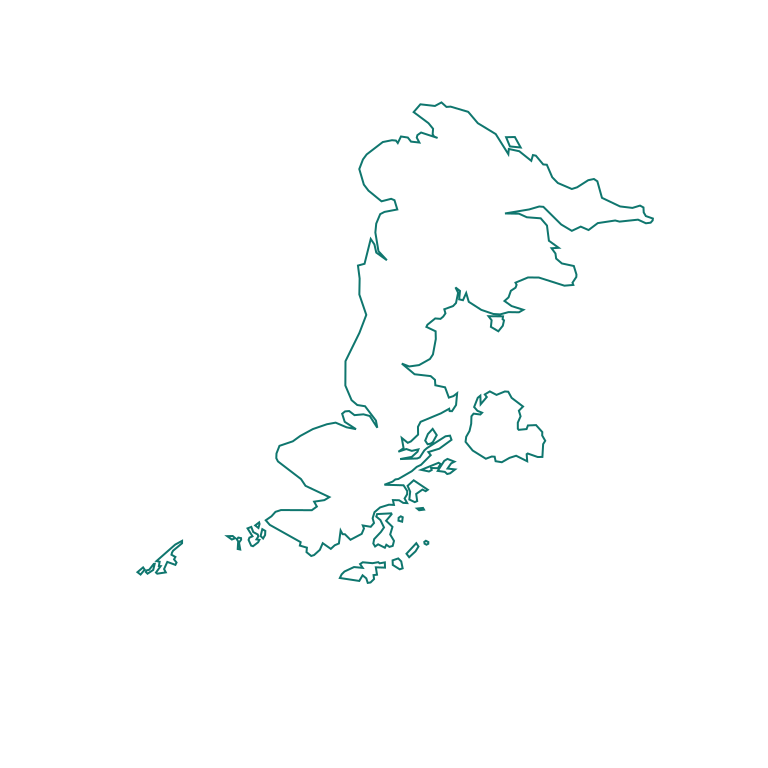 map outline of United Kingdom (orthographic projection), rotated 222°
{"feature_id": "GBR", "entity_name": "United Kingdom", "entity_type": "country or territory", "adm_level": 0, "iso_a3": "GBR", "parent_name": "Europe", "parent_adm1": "", "projection": "orthographic", "projection_center": [-4.115, 55.427], "detail": "fine", "context": "isolated", "style": "outline", "palette": "teal", "viewbox_px": 768, "rotation_deg": 222, "n_neighbors": 0, "source": "natural_earth", "source_scale": "50m", "svg_char_len": 6168}
<svg xmlns="http://www.w3.org/2000/svg" viewBox="0 0 768 768"><g transform="rotate(222 384 384)"><path d="M408.2,591.7L397.6,600.9L389.4,603.5L378.4,612.0L368.9,610.8L357.3,600.8L345.3,602.1L350.3,597.0L343.9,595.7L340.0,592.4L332.5,592.6L321.9,598.7L314.2,594.1L312.7,592.2L311.7,585.4L309.6,584.3L315.7,577.8L340.2,566.7L348.3,559.5L354.1,547.3L351.8,546.4L350.7,543.6L352.1,538.2L349.4,531.7L350.0,526.3L341.3,527.3L330.1,532.4L331.7,527.6L339.6,520.7L344.3,513.4L349.6,509.2L361.3,504.2L376.0,501.8L383.8,506.6L381.4,499.1L384.8,497.2L389.8,504.0L395.5,503.6L390.0,501.4L384.7,492.4L384.8,488.2L389.2,479.9L385.6,477.6L385.1,473.7L385.6,470.2L389.8,467.0L391.4,457.1L390.7,454.8L380.9,457.7L375.6,452.1L367.4,438.7L366.6,433.3L370.6,421.5L377.0,413.9L384.4,411.1L367.8,411.7L354.6,421.1L348.9,421.2L345.0,417.4L336.4,422.4L326.7,417.3L324.3,421.5L323.5,426.1L316.4,416.6L315.3,409.3L317.1,407.8L319.0,409.2L322.1,400.2L331.5,380.4L330.1,374.9L324.8,369.2L325.6,359.3L327.0,356.2L334.7,355.8L326.5,349.4L328.0,343.3L323.9,350.6L318.6,352.9L314.7,358.4L313.8,356.1L314.6,348.4L321.8,339.0L309.5,350.9L308.3,353.4L309.6,361.7L309.2,365.0L303.3,386.3L300.4,389.8L296.5,387.7L299.6,373.0L305.5,363.1L301.7,362.4L302.4,348.7L304.2,344.3L305.0,337.8L309.8,323.0L311.7,320.7L312.3,317.2L316.3,309.4L301.7,321.8L295.1,320.0L293.0,317.5L292.1,312.7L287.1,311.0L290.2,308.5L295.0,307.7L299.7,303.7L295.7,300.8L299.6,297.6L304.3,289.7L305.3,282.4L302.6,276.6L298.4,274.0L298.3,269.0L305.1,264.7L302.2,263.2L300.3,257.7L304.7,245.8L312.5,246.2L314.3,244.7L318.2,246.1L310.8,235.3L312.7,231.2L313.2,225.9L323.0,224.7L320.7,217.8L321.5,210.1L323.0,207.5L329.1,207.2L331.8,210.8L338.4,207.6L340.1,210.7L374.6,202.9L380.7,203.6L379.1,210.4L379.1,216.4L376.2,221.4L353.2,241.9L351.9,248.0L357.2,249.8L350.6,257.8L348.9,263.4L374.2,255.8L382.0,257.8L411.0,255.5L414.4,256.8L417.4,260.4L420.3,268.1L413.4,280.4L411.5,289.3L406.7,302.9L399.5,315.9L394.1,322.9L382.8,326.8L374.6,331.7L387.9,329.6L395.2,333.9L394.6,337.6L391.8,340.6L385.1,341.1L379.0,347.7L373.2,350.7L359.7,347.0L365.5,351.4L383.2,354.8L389.8,350.5L397.3,350.3L411.7,357.0L427.9,375.2L436.5,405.6L443.4,423.5L462.2,434.0L472.7,446.1L482.6,454.6L478.9,460.3L490.9,482.9L484.5,481.3L477.7,476.5L464.7,477.9L477.0,479.0L491.8,490.8L497.1,498.0L500.5,507.7L498.8,512.2L490.9,522.6L499.2,527.6L502.6,526.4L508.1,518.1L524.9,517.3L532.4,518.7L546.2,527.2L549.9,536.8L550.5,543.0L546.8,563.0L541.2,570.5L538.0,572.9L535.0,572.3L537.0,579.3L531.2,583.1L526.1,582.2L519.3,587.1L524.5,589.0L525.7,591.3L524.7,595.7L508.8,602.7L512.4,601.4L515.0,602.2L518.3,606.5L525.5,607.6L543.9,605.9L544.1,616.2L532.2,624.7L529.7,631.7L523.0,631.7L520.1,634.7L503.5,642.6L488.8,640.6L468.2,644.5L445.4,638.0L448.5,642.2L439.2,647.5L423.9,648.4L426.5,653.8L423.9,655.3L412.6,653.7L409.7,655.9L397.3,650.2L389.3,649.7L374.9,654.6L372.1,659.4L368.6,672.1L365.2,676.8L361.1,677.4L346.6,668.2L327.4,673.9L317.2,681.1L313.1,687.9L309.3,688.8L305.8,685.3L301.8,684.0L294.9,686.9L293.8,685.3L293.8,682.3L296.9,678.7L305.2,676.1L317.6,662.3L321.6,660.2L332.8,646.6L335.0,635.3L343.1,632.6L346.9,623.5L359.1,621.1L384.1,622.3L387.4,619.8L392.9,610.9L408.2,591.7ZM279.9,459.1L265.6,460.3L265.9,454.4L260.9,451.4L258.7,444.8L254.6,440.3L253.2,440.1L247.9,445.9L249.3,449.5L243.5,455.2L234.2,454.2L232.0,451.6L226.2,449.7L225.5,445.8L217.5,435.8L220.9,432.6L230.7,428.5L231.0,427.3L225.9,422.4L237.8,419.1L241.3,413.1L244.1,404.7L249.4,401.3L253.1,404.0L255.4,402.2L258.3,396.6L273.6,393.9L284.7,395.6L287.6,399.8L289.0,406.3L292.6,412.8L297.4,418.5L297.6,421.9L292.0,425.8L291.9,428.3L296.6,426.6L301.6,427.2L305.1,436.5L304.6,439.8L298.6,433.6L298.9,443.1L302.1,443.7L300.4,449.3L293.1,451.2L289.2,459.3L286.5,461.4L279.9,459.1ZM287.9,218.2L283.8,227.9L276.8,233.1L281.3,234.2L280.5,237.3L272.6,243.2L269.0,247.8L267.3,247.8L264.0,252.0L260.4,248.2L267.4,242.3L261.6,237.6L263.9,235.0L260.9,232.4L261.2,227.5L263.0,225.3L267.1,227.7L271.9,227.5L270.6,221.1L287.0,210.3L288.1,214.2L287.9,218.2ZM287.5,262.1L287.3,272.0L288.0,277.4L295.7,280.5L301.0,280.3L302.1,282.7L292.1,292.7L291.2,292.3L290.9,283.8L282.1,283.5L278.7,276.3L271.6,274.1L269.2,269.5L271.0,266.6L274.7,266.1L273.8,262.9L281.1,260.9L281.9,257.3L285.2,258.3L287.5,262.1ZM427.3,91.3L428.1,99.2L429.5,98.1L431.8,101.8L434.6,100.2L431.7,125.0L429.1,132.3L427.5,130.5L429.2,119.0L428.7,116.8L427.7,114.9L423.3,115.9L422.7,113.2L418.7,112.5L418.0,110.0L426.0,106.8L423.6,99.3L420.1,98.0L425.6,91.3L427.3,91.3ZM297.5,332.3L280.7,334.7L281.3,332.2L284.8,331.3L286.5,323.8L281.0,319.2L282.1,316.8L287.9,315.1L292.5,321.5L298.3,324.1L297.5,332.3ZM346.7,503.4L351.7,504.3L340.8,513.9L339.2,511.5L337.4,511.6L334.7,506.8L334.3,499.7L342.8,498.0L346.7,503.4ZM285.9,355.4L287.8,367.2L286.7,370.8L279.7,373.4L281.0,369.9L280.2,363.7L274.0,368.1L275.1,361.9L276.8,359.4L280.0,359.4L285.9,355.4ZM381.2,179.8L379.8,182.8L388.8,185.4L387.0,189.0L382.1,186.5L377.1,187.7L375.4,186.6L374.8,183.2L372.3,184.8L371.6,182.1L372.8,175.8L374.6,175.0L380.3,177.5L381.2,179.8ZM317.8,383.2L310.6,381.3L308.8,373.5L309.5,370.8L311.3,368.4L315.5,369.5L317.9,376.2L317.8,383.2ZM458.4,649.1L452.0,655.1L440.7,651.2L449.4,644.8L458.4,649.1ZM290.7,362.0L288.4,362.4L287.6,357.5L292.8,353.1L291.0,352.0L292.0,349.1L298.9,345.1L290.7,362.0ZM256.4,255.4L259.6,258.7L256.7,263.9L252.5,263.7L246.8,259.5L248.3,256.8L256.4,255.4ZM253.5,287.3L249.6,286.3L248.6,280.7L249.4,272.1L253.7,272.9L253.5,287.3ZM434.7,96.3L434.1,97.0L431.1,91.4L432.8,84.8L435.2,84.9L435.7,86.6L434.2,88.8L434.7,96.3ZM389.5,172.4L387.1,173.8L386.0,172.7L385.6,169.1L380.1,164.8L382.3,163.5L387.0,169.4L389.4,170.1L389.5,172.4ZM377.3,194.7L373.9,195.4L371.3,192.2L370.5,188.3L374.0,188.5L377.3,194.7ZM441.3,79.2L440.3,86.5L437.6,85.9L437.4,79.5L441.3,79.2ZM394.7,169.8L391.4,169.9L393.0,166.6L398.7,166.0L394.7,169.8ZM283.0,296.9L280.9,297.5L278.4,293.8L281.8,292.1L283.6,294.4L283.0,296.9ZM384.2,197.6L382.8,196.7L381.0,193.0L385.1,192.7L384.2,197.6ZM272.1,318.0L270.2,317.4L273.4,313.7L276.1,313.6L272.1,318.0ZM248.0,295.5L245.3,296.2L244.2,294.9L244.9,293.0L247.0,292.5L248.4,293.6L248.0,295.5Z" fill="none" stroke="#0f766e" stroke-width="2"/></g></svg>